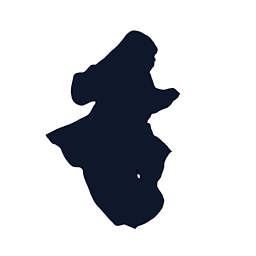 Damt, Al Dali', Yemen, rotated 126°
{"feature_id": "15242507B35659616326925", "entity_name": "Damt", "entity_type": "district", "adm_level": 2, "iso_a3": "YEM", "parent_name": "Yemen", "parent_adm1": "Al Dali'", "projection": "orthographic", "projection_center": [44.686, 14.105], "detail": "fine", "context": "isolated", "style": "filled", "palette": "ink", "viewbox_px": 256, "rotation_deg": 126, "n_neighbors": 0, "source": "geoboundaries", "source_scale": "gbopen_adm2", "svg_char_len": 5867}
<svg xmlns="http://www.w3.org/2000/svg" viewBox="0 0 256 256"><g transform="rotate(126 128 128)"><path d="M70.2,106.7L69.8,110.5L69.5,112.1L69.5,112.7L69.5,113.5L69.6,114.2L69.9,114.8L70.5,115.5L70.9,116.0L72.1,117.1L72.6,117.7L73.9,118.7L75.1,119.7L75.7,120.1L76.3,120.7L76.8,121.3L77.2,121.8L78.8,125.6L79.1,126.3L79.3,127.0L79.6,127.7L79.7,128.4L79.8,129.2L79.7,130.0L79.4,130.7L79.2,131.4L78.8,132.1L78.0,133.3L75.6,136.4L74.3,138.5L73.4,139.6L73.0,140.2L72.5,140.8L71.6,142.0L71.5,142.8L71.1,143.4L70.6,143.9L69.9,144.2L69.1,144.3L66.8,144.3L66.0,144.3L64.6,144.4L63.8,144.2L63.1,144.1L62.4,144.3L61.7,144.6L60.9,145.0L59.9,146.0L59.2,146.2L58.5,146.2L57.8,146.1L57.2,146.4L56.5,146.8L56.3,147.5L56.1,148.2L55.7,148.9L55.1,149.3L53.0,150.0L52.3,150.0L51.6,149.7L50.8,149.5L50.1,149.6L49.5,149.8L48.1,150.4L47.5,150.7L46.9,151.4L46.6,152.0L45.7,154.3L45.5,155.0L44.5,156.9L44.2,157.7L43.9,159.1L43.5,160.5L43.0,162.0L42.8,162.7L42.8,163.4L42.6,164.2L42.6,165.7L42.6,166.5L43.0,168.8L43.1,170.3L43.2,171.0L43.3,172.4L43.4,173.2L44.0,175.5L44.2,176.2L44.9,177.6L45.2,178.3L45.5,178.9L45.8,179.5L46.2,180.1L46.7,180.7L47.8,181.6L48.4,182.0L49.8,182.5L50.5,182.8L51.2,183.0L52.0,183.2L53.4,183.5L56.2,183.6L57.6,183.5L62.7,183.8L63.4,183.9L64.2,183.9L64.9,183.9L66.4,184.1L68.0,184.3L68.8,184.5L69.5,184.6L71.7,185.0L73.3,185.4L74.1,185.7L75.7,186.1L76.5,186.2L77.2,186.3L77.9,186.4L78.7,186.5L80.3,186.7L81.5,187.0L82.9,187.2L83.3,187.3L84.0,187.3L85.7,187.6L86.5,187.8L87.2,188.1L89.8,188.9L91.3,189.4L93.4,190.0L94.9,190.3L95.6,190.5L96.3,190.8L97.7,192.8L98.2,193.4L98.8,193.9L99.4,194.3L100.1,194.5L101.7,194.7L103.4,194.9L104.1,194.9L104.9,195.0L105.6,195.0L106.2,195.1L107.0,195.2L107.7,195.4L108.5,195.7L109.2,196.0L109.8,196.5L110.3,197.0L111.2,198.2L111.8,199.0L112.4,199.6L114.3,201.4L114.9,201.7L115.7,202.0L117.3,202.1L118.0,201.9L120.2,200.8L121.2,200.4L125.7,198.4L126.5,198.1L127.9,197.4L129.6,196.4L130.3,195.9L131.8,195.0L132.4,194.5L134.1,192.8L135.4,191.5L136.5,190.2L137.2,188.8L137.6,188.1L137.8,187.4L138.0,186.7L138.0,185.9L138.2,185.2L138.2,184.4L138.0,182.9L137.8,182.0L137.6,181.3L137.0,180.0L136.6,179.2L136.1,178.6L135.6,178.1L134.3,177.3L132.9,176.5L132.0,176.0L130.2,175.0L129.5,174.7L128.2,173.9L126.9,172.8L126.4,172.3L125.9,171.7L125.1,170.1L125.1,169.5L125.5,168.9L126.2,168.6L127.6,168.1L128.3,168.0L129.0,168.0L130.0,168.1L130.7,168.1L131.5,168.0L132.9,167.7L135.1,167.4L136.6,167.2L138.3,167.1L139.0,167.1L139.9,167.2L140.7,167.4L141.4,167.6L142.2,167.9L144.4,168.9L145.3,169.4L148.2,171.0L150.3,172.0L151.1,172.3L151.7,172.6L154.6,174.0L158.4,176.1L162.0,178.4L164.6,180.2L166.8,181.6L168.2,182.6L168.9,182.9L169.5,183.2L170.2,183.9L181.7,189.7L182.4,188.1L182.6,187.4L182.8,185.8L183.0,185.2L183.3,184.4L183.5,183.7L183.7,183.0L184.1,181.6L184.2,180.8L184.2,180.1L184.1,179.4L183.8,178.6L183.5,178.0L183.3,177.0L183.2,175.6L183.1,174.8L183.1,173.1L183.1,172.2L183.4,170.6L184.0,169.2L185.2,167.5L185.9,166.5L186.3,165.8L186.9,164.4L187.4,163.7L187.8,162.9L189.0,160.1L189.6,157.9L190.2,156.5L190.3,155.7L190.9,153.5L190.9,152.9L191.0,152.0L191.0,150.6L190.5,149.0L190.2,148.4L189.8,147.8L189.0,146.5L188.6,145.9L188.0,145.3L187.7,144.6L187.5,143.9L187.3,143.2L187.3,142.5L187.3,141.7L187.6,140.3L187.8,139.6L188.3,139.1L188.9,138.5L189.6,138.0L190.7,137.1L191.4,136.4L192.0,135.6L192.5,135.0L192.9,134.4L193.5,133.8L193.8,133.0L194.7,131.9L195.0,131.3L195.7,130.4L196.1,129.7L197.3,127.6L198.1,126.3L199.4,124.2L199.8,123.6L200.7,122.1L201.1,121.5L202.0,120.4L202.4,119.8L202.8,119.1L203.7,117.5L204.4,116.0L205.4,114.5L205.7,113.9L206.4,112.5L207.0,111.1L207.2,110.3L207.6,109.5L208.2,107.2L208.4,106.5L208.7,105.0L208.7,104.3L212.2,88.8L212.8,84.9L212.7,84.2L213.0,83.7L213.2,83.1L213.3,82.4L213.4,81.6L213.3,80.9L213.1,80.2L212.4,78.9L211.8,78.4L210.6,77.4L210.1,76.9L209.7,76.4L209.1,76.1L208.4,75.6L207.8,75.0L207.5,74.4L206.8,72.2L206.7,71.5L206.5,70.7L206.2,69.3L205.4,66.4L205.3,65.7L205.1,64.9L205.0,64.2L204.9,63.5L203.7,63.4L202.3,63.2L201.4,63.0L200.4,62.4L199.5,61.5L196.8,59.8L195.7,59.1L194.2,58.4L193.9,58.2L193.6,58.1L192.5,57.6L191.6,57.2L190.0,56.6L188.5,56.1L187.4,55.7L186.9,55.4L185.4,54.9L183.8,54.5L182.5,54.4L180.9,54.2L180.2,54.1L178.5,54.0L176.9,53.9L173.5,53.9L172.5,54.0L171.0,54.4L170.4,54.7L169.6,54.9L168.9,55.2L168.3,55.4L167.7,55.8L166.4,56.2L165.7,56.7L165.2,57.2L164.1,59.0L163.7,59.6L163.2,60.1L162.8,60.8L162.4,61.4L161.5,63.6L160.5,66.5L160.3,67.4L159.9,68.2L159.4,69.1L158.7,70.4L158.1,70.9L157.5,71.4L156.8,71.9L154.7,73.1L153.8,73.3L152.4,73.2L151.6,73.1L150.9,73.1L148.7,73.1L146.5,73.9L145.2,74.3L144.5,74.5L143.7,74.7L143.0,74.9L142.3,75.1L141.6,75.3L140.7,75.7L140.0,75.9L138.3,76.6L137.7,77.1L136.5,78.0L135.0,78.7L133.6,79.2L130.6,79.9L129.1,80.1L126.9,80.1L125.4,80.3L124.7,80.3L124.0,80.3L123.3,80.1L122.5,79.9L121.8,79.5L121.2,82.2L121.1,82.9L120.8,83.9L120.1,86.2L120.1,87.0L119.5,90.1L119.5,92.6L119.2,93.1L118.9,96.0L118.9,96.9L118.8,97.6L118.8,99.9L119.2,100.5L119.4,101.2L119.4,101.9L119.2,102.6L119.0,103.3L118.8,104.1L118.6,104.7L117.4,106.2L116.8,107.0L116.1,108.3L115.3,109.6L114.4,110.6L113.3,111.6L112.8,112.2L112.5,112.8L112.5,113.5L113.1,115.5L112.9,116.2L112.2,116.5L111.5,116.8L110.2,117.2L109.4,117.2L108.7,117.2L108.0,117.1L106.5,117.1L105.8,117.1L105.0,117.2L104.4,117.4L103.7,117.6L102.9,117.8L102.2,117.6L101.7,117.2L100.7,116.1L99.6,115.2L99.0,114.8L98.3,114.4L95.4,113.3L94.1,112.6L93.4,112.2L90.8,110.6L89.5,109.7L88.3,108.9L87.5,108.6L86.1,108.2L85.1,107.9L84.3,107.8L83.6,107.8L82.2,107.8L80.2,107.9L79.3,107.8L78.6,107.7L77.9,107.3L76.5,106.9L75.8,106.8L74.3,106.3L73.5,106.3L72.9,106.4L72.7,106.5L70.2,106.7ZM156.8,95.8L156.6,95.9L156.4,95.6L157.2,94.6L158.1,93.9L158.7,93.0L158.3,91.4L158.8,90.0L161.7,88.0L163.1,89.3L163.1,90.6L162.2,92.4L160.6,93.6L159.2,94.4L157.7,95.5L156.8,95.8Z" fill="#0f172a" stroke="#020617" stroke-width="1.5"/></g></svg>